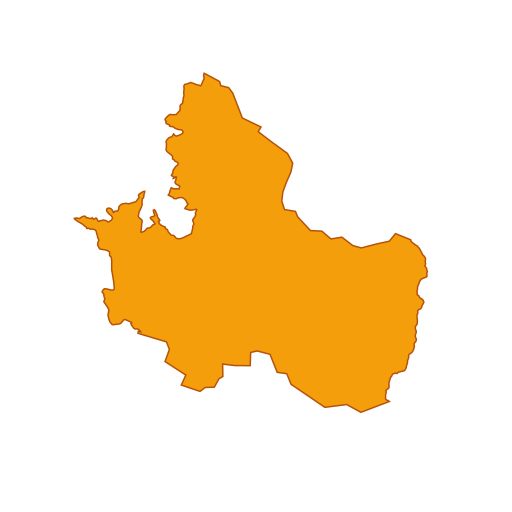 outline of Kapan, Syunik, Armenia, rotated 203°
{"feature_id": "60910142B33530441096586", "entity_name": "Kapan", "entity_type": "district", "adm_level": 2, "iso_a3": "ARM", "parent_name": "Armenia", "parent_adm1": "Syunik", "projection": "orthographic", "projection_center": [46.399, 39.181], "detail": "fine", "context": "isolated", "style": "filled", "palette": "amber", "viewbox_px": 512, "rotation_deg": 203, "n_neighbors": 0, "source": "geoboundaries", "source_scale": "gbopen_adm2", "svg_char_len": 6083}
<svg xmlns="http://www.w3.org/2000/svg" viewBox="0 0 512 512"><g transform="rotate(203 256 256)"><path d="M375.1,404.0L374.9,402.0L373.0,398.9L373.2,397.1L373.2,391.6L373.6,391.0L375.5,391.0L376.9,390.5L380.3,390.5L383.9,390.2L386.9,387.3L388.8,385.9L388.7,383.8L388.0,382.9L387.5,381.7L386.2,377.6L385.3,376.3L384.9,375.1L384.7,372.9L384.0,371.1L383.8,369.5L383.4,368.7L383.4,367.5L384.1,366.6L384.6,365.4L384.2,363.5L383.5,362.4L382.9,360.0L383.7,358.2L384.7,355.0L388.1,353.4L389.8,353.0L390.9,352.2L392.2,349.6L393.1,346.9L393.1,346.1L392.7,345.6L391.1,344.7L391.3,344.1L390.4,342.8L387.1,342.9L386.5,342.4L386.4,341.8L385.4,341.8L383.1,342.5L381.9,342.5L380.8,342.0L378.0,342.0L376.3,342.2L374.0,343.0L372.8,342.8L372.1,342.2L371.5,341.3L371.6,340.1L373.3,337.8L375.9,335.4L377.1,335.2L378.2,335.4L378.8,336.0L379.6,336.2L380.0,333.0L381.1,332.0L382.1,331.3L383.0,329.2L383.5,327.4L383.5,326.3L383.0,325.2L382.3,324.4L381.2,321.6L380.2,318.4L378.8,317.4L372.0,315.4L370.8,312.9L370.4,312.6L368.9,312.5L367.7,311.6L365.1,311.6L364.4,311.3L363.7,310.4L363.7,309.0L364.7,307.6L365.8,302.6L365.0,299.2L365.4,298.1L365.3,297.0L363.0,296.8L362.4,296.4L362.5,295.0L362.1,295.2L360.8,297.6L360.1,297.6L359.5,294.6L359.4,292.2L358.8,291.6L357.5,290.9L353.5,290.6L353.0,287.7L357.4,286.0L359.1,285.6L360.7,285.7L360.6,282.3L360.3,280.5L360.2,279.0L360.7,278.1L360.4,277.7L355.1,277.5L354.5,276.9L353.6,276.9L351.8,277.5L350.9,278.7L349.5,279.6L348.4,280.3L346.4,281.0L343.8,280.4L342.2,279.7L339.8,277.6L339.0,277.5L338.9,277.0L340.1,272.2L339.9,271.8L335.1,272.3L333.0,273.2L330.4,274.9L329.5,275.6L328.6,275.6L328.6,271.7L327.7,270.7L327.5,268.1L327.9,267.2L328.4,264.5L327.7,263.4L326.0,261.8L325.6,260.8L325.8,259.8L325.8,258.9L325.0,256.1L324.5,253.3L324.3,251.1L330.4,244.2L332.1,242.6L333.5,241.8L335.6,241.2L336.4,241.2L339.5,242.7L340.5,242.6L341.6,242.1L342.5,242.2L346.2,243.9L347.8,245.6L348.8,245.9L350.1,245.8L351.0,247.2L354.7,247.2L355.7,247.3L356.1,247.7L357.4,247.8L358.5,249.0L359.2,249.4L359.3,249.8L358.7,250.2L358.4,251.0L358.5,251.3L362.4,253.9L362.8,254.9L365.7,257.7L366.8,258.6L367.7,258.9L368.4,258.0L366.9,255.7L365.0,253.8L365.4,252.9L368.0,250.7L368.2,249.9L367.7,249.2L364.4,248.1L361.8,246.4L361.6,246.1L361.7,245.6L363.1,244.4L364.0,241.6L364.5,240.9L365.3,240.1L367.1,239.1L367.8,236.6L368.6,235.1L370.1,233.6L371.1,232.9L371.5,233.2L372.0,235.6L373.8,241.1L374.1,242.9L374.8,244.2L375.7,244.9L377.4,245.2L379.3,246.0L380.0,246.9L380.8,250.8L380.6,256.5L380.9,259.1L381.8,260.5L383.0,264.1L382.4,265.4L382.4,266.3L383.1,268.7L383.4,271.3L383.7,272.1L384.9,271.4L387.6,267.6L388.0,266.2L387.7,265.6L386.6,264.5L386.6,263.3L387.2,261.9L387.3,260.5L387.6,259.5L388.5,258.5L392.9,254.8L393.6,254.3L396.5,253.6L399.9,251.4L401.3,248.7L401.3,247.1L400.8,245.9L400.8,243.6L401.7,242.8L403.0,242.4L403.5,241.9L403.7,241.0L404.3,240.3L405.7,241.7L407.0,242.5L408.2,242.9L409.9,242.7L411.0,242.2L411.6,241.3L411.6,240.0L410.8,238.9L408.3,237.6L404.7,236.4L403.3,235.4L402.8,234.5L403.1,232.4L405.0,229.8L405.8,229.5L407.1,229.9L408.1,230.0L410.6,229.4L413.5,227.3L414.0,226.5L414.7,226.3L417.7,228.5L418.2,228.4L419.2,226.9L419.9,226.4L421.6,227.2L421.7,226.8L422.3,226.2L424.1,225.5L426.1,225.4L427.3,224.8L427.8,225.4L428.5,225.8L429.4,225.6L430.1,225.4L431.7,223.8L433.0,221.7L433.5,221.4L435.4,221.1L436.3,220.8L437.9,219.7L437.7,219.2L433.6,218.2L427.8,217.5L426.8,217.0L423.5,216.2L422.8,215.4L422.2,215.2L421.6,215.9L420.2,216.2L419.4,215.9L418.2,216.2L417.0,217.0L414.5,217.2L413.1,216.7L411.6,214.6L410.1,212.9L408.7,210.8L407.1,209.6L406.8,208.8L406.8,206.6L406.3,204.7L405.7,203.9L403.3,201.9L402.7,201.5L401.9,201.5L396.9,202.8L394.9,202.9L392.7,202.6L391.9,201.7L391.4,200.1L390.9,199.1L389.7,198.8L388.6,198.0L386.5,194.4L386.0,192.8L383.3,186.7L377.0,176.8L373.7,170.7L373.6,169.7L374.4,168.8L375.5,168.2L380.3,167.4L382.8,166.6L383.4,165.2L383.7,163.4L383.6,162.7L381.4,161.6L379.6,158.7L378.8,158.1L378.4,157.6L378.3,155.3L378.1,154.3L375.3,152.6L374.3,151.8L373.2,151.3L370.9,149.4L370.2,148.4L369.3,144.1L368.5,142.8L366.2,139.7L364.2,137.9L361.6,136.7L360.6,136.9L357.3,139.0L356.1,139.5L354.6,140.6L354.0,141.6L352.8,145.5L351.7,146.4L344.9,146.3L344.3,145.9L344.7,145.4L344.8,145.0L344.0,144.1L340.4,141.8L338.7,141.5L337.5,142.4L335.8,142.5L335.0,142.3L334.7,141.9L333.5,141.8L332.6,141.2L334.9,140.7L334.8,139.8L334.4,138.7L304.9,142.0L299.2,136.1L298.5,123.3L274.1,119.0L274.3,108.0L254.6,109.5L251.4,115.1L243.1,119.0L242.1,128.6L239.4,132.1L244.5,143.5L232.6,146.9L218.5,152.8L223.2,165.1L217.9,169.0L204.7,171.0L191.0,157.2L181.7,159.7L173.6,151.6L133.5,143.6L114.5,154.7L98.4,153.1L76.4,174.2L78.1,174.6L79.0,174.4L80.9,175.0L82.3,178.4L82.7,179.8L82.8,181.1L83.1,181.9L83.9,182.8L83.7,183.7L82.8,184.9L82.1,186.7L84.1,191.3L84.7,197.1L84.2,198.1L84.2,200.1L83.6,201.3L82.0,202.5L80.3,203.0L79.9,204.0L79.1,205.0L74.8,208.2L74.3,209.3L74.1,210.9L74.2,212.5L74.6,213.9L74.7,216.1L75.1,217.7L75.7,219.0L75.6,220.9L75.9,222.5L76.6,223.9L76.6,225.2L74.9,228.0L74.5,229.6L74.4,231.3L74.8,234.6L75.8,236.1L76.2,237.4L75.5,239.6L75.5,240.8L75.8,242.0L78.3,244.5L78.7,248.5L79.1,249.4L80.7,251.0L81.6,252.8L81.6,254.0L81.1,256.2L82.1,259.5L84.6,263.8L84.7,264.9L84.6,266.1L84.9,267.1L85.8,268.8L85.4,270.0L84.0,271.4L83.5,273.1L83.7,274.5L83.4,279.1L85.2,280.8L86.9,281.3L88.7,281.5L90.8,283.1L92.4,283.3L94.1,286.8L94.5,288.9L95.2,290.7L95.3,292.0L95.2,293.6L95.5,295.5L95.2,298.0L94.9,299.1L93.6,300.7L90.9,303.3L90.7,303.9L91.3,305.6L92.2,306.7L92.1,308.5L93.5,310.2L94.1,311.3L96.7,312.9L96.7,314.3L96.9,315.2L97.9,316.6L98.7,319.4L99.6,320.6L101.2,321.6L102.6,322.0L103.3,322.5L108.6,326.9L110.0,327.3L111.1,328.2L112.7,328.3L118.7,329.8L119.9,331.4L136.3,331.1L139.1,321.7L149.3,314.5L162.2,304.6L170.9,303.4L184.2,306.9L193.7,301.0L205.1,304.6L215.8,300.7L233.1,308.4L237.1,312.5L247.9,309.9L253.8,316.7L256.3,325.5L256.8,335.6L256.7,347.1L258.5,355.8L267.1,362.7L285.8,367.0L302.5,371.3L301.8,376.7L322.5,377.7L341.0,396.8L347.0,400.3L355.0,399.0L357.7,402.4L375.1,404.0Z" fill="#f59e0b" stroke="#b45309" stroke-width="1.5"/></g></svg>